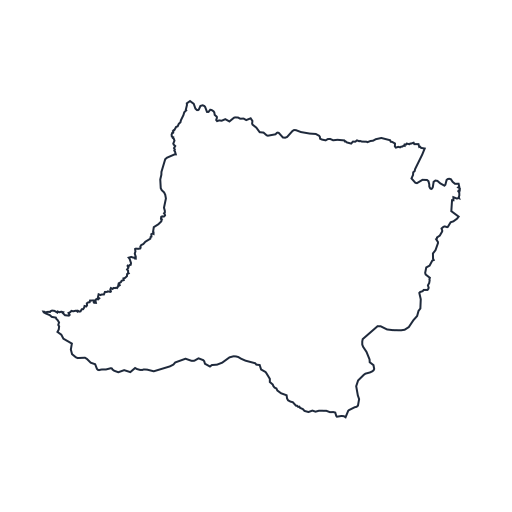 Mae Rim, Chiang Mai, Thailand (Albers equal-area conic projection), rotated 294°
{"feature_id": "78962969B91444782882973", "entity_name": "Mae Rim", "entity_type": "district", "adm_level": 2, "iso_a3": "THA", "parent_name": "Thailand", "parent_adm1": "Chiang Mai", "projection": "albers", "projection_center": [98.889, 18.954], "detail": "fine", "context": "isolated", "style": "outline", "palette": "slate", "viewbox_px": 512, "rotation_deg": 294, "n_neighbors": 0, "source": "geoboundaries", "source_scale": "gbopen_adm2", "svg_char_len": 6129}
<svg xmlns="http://www.w3.org/2000/svg" viewBox="0 0 512 512"><g transform="rotate(294 256 256)"><path d="M247.1,418.7L249.1,421.8L253.2,424.5L261.4,425.9L266.7,427.6L272.0,426.8L274.9,427.5L283.5,424.1L288.7,420.2L289.9,420.6L291.6,422.5L293.2,423.0L294.8,426.5L296.3,426.8L297.3,426.6L299.1,425.0L301.8,425.2L304.5,424.5L305.2,423.9L306.8,423.7L308.1,418.5L309.4,417.4L314.8,416.2L317.8,418.5L323.5,418.9L324.6,420.0L325.6,418.8L330.3,416.6L334.3,417.6L341.8,417.0L342.8,416.5L344.6,413.7L345.4,414.2L346.5,413.8L349.4,415.6L354.1,416.1L355.0,415.8L356.6,414.3L358.9,415.4L359.8,416.4L360.1,418.9L360.6,419.4L366.0,420.1L367.9,422.2L371.9,424.5L374.4,425.1L376.4,416.2L386.7,412.4L387.2,413.7L390.0,412.4L390.2,416.2L391.4,417.5L391.4,418.1L392.3,417.3L394.1,417.1L396.6,415.9L397.5,414.4L398.3,414.5L398.6,415.5L400.7,414.7L400.9,412.8L402.1,413.4L404.4,411.7L402.9,408.4L403.7,405.5L405.4,402.8L405.1,401.0L404.2,399.8L403.0,399.2L398.1,400.0L396.9,399.5L397.3,394.8L398.4,391.2L397.9,389.2L396.0,388.1L390.9,389.5L389.3,389.4L388.5,388.8L388.6,387.7L389.9,386.1L392.0,385.1L394.5,383.1L395.0,381.3L393.3,377.1L388.0,373.4L387.7,371.8L390.1,366.5L393.9,366.5L396.4,365.6L398.1,366.4L400.1,366.0L416.2,366.6L422.8,366.4L421.9,362.9L422.6,361.4L422.0,360.8L424.3,358.9L422.6,355.1L423.6,353.9L421.7,351.9L421.5,351.2L420.5,350.7L420.0,348.0L419.0,347.9L418.4,346.5L417.1,347.0L417.0,346.1L415.5,345.2L414.9,344.1L413.9,343.5L413.6,341.6L411.9,339.7L412.6,338.3L415.3,337.2L415.6,334.1L415.2,332.6L416.3,331.4L414.8,322.5L411.4,317.9L409.0,316.1L407.6,313.8L405.3,311.5L405.4,310.6L403.6,306.2L403.4,304.2L402.8,303.6L402.7,301.2L400.9,300.3L399.9,298.0L397.4,297.2L396.7,292.7L397.2,291.1L396.8,290.6L397.5,289.6L395.3,283.2L393.1,279.4L393.1,276.1L392.0,274.0L390.0,272.6L389.2,269.0L389.2,266.9L390.9,265.8L391.5,264.8L391.8,261.0L389.7,255.3L387.5,246.6L387.2,241.2L386.5,239.5L385.1,238.5L377.4,236.0L375.9,234.5L375.2,232.4L377.7,226.8L377.6,225.7L377.0,225.0L375.1,224.3L370.7,217.9L370.6,216.6L371.8,212.7L370.6,209.0L373.4,204.1L374.6,199.4L375.4,198.6L377.9,197.8L379.6,195.1L376.2,191.8L376.5,188.8L375.0,185.7L375.2,183.3L374.1,180.5L373.3,179.6L368.1,177.0L368.5,172.3L365.6,169.6L364.9,167.2L363.4,165.6L364.1,164.3L366.3,164.1L367.3,163.5L368.1,160.9L370.2,159.5L370.9,158.4L371.3,156.1L371.0,154.7L368.3,154.0L367.7,152.6L371.5,148.9L372.0,147.8L372.0,146.0L370.5,144.2L366.5,144.2L365.7,143.7L365.3,142.7L366.0,140.7L369.7,137.2L370.7,132.7L367.3,130.7L365.9,131.5L361.0,132.4L360.7,133.0L358.1,132.0L355.2,132.4L349.4,132.2L347.4,132.6L345.4,131.7L342.6,131.7L341.4,130.5L337.9,130.2L337.5,129.6L336.4,129.3L335.9,130.0L334.9,130.2L334.4,129.4L332.6,129.5L330.9,130.5L330.8,132.1L330.0,132.1L329.7,133.2L328.2,134.6L325.1,134.7L324.3,135.5L323.6,137.5L321.2,137.2L320.3,138.5L319.0,138.5L318.6,139.4L316.2,141.4L315.6,140.2L309.6,134.7L307.5,133.7L294.4,135.4L291.7,136.5L287.0,137.4L279.2,141.4L277.8,143.1L276.7,146.2L275.0,148.2L271.9,150.3L262.7,152.3L260.1,154.4L258.7,155.0L257.6,154.6L257.0,155.7L256.1,156.4L254.7,155.9L254.0,154.7L254.1,154.2L253.3,153.5L251.7,153.9L251.3,154.9L250.8,154.6L250.3,155.2L249.1,155.4L245.3,153.9L240.8,150.9L236.3,152.1L236.1,152.7L234.5,153.4L234.5,152.4L233.3,151.5L231.2,152.6L230.5,152.0L228.8,152.4L224.0,149.1L221.1,148.2L219.3,146.7L217.6,146.5L216.7,147.2L215.8,147.2L214.6,145.4L213.9,143.3L213.2,142.7L211.1,144.0L208.8,144.3L206.5,146.4L204.7,147.2L204.5,146.5L205.2,146.1L205.2,145.6L204.6,144.7L204.4,142.4L202.7,140.4L202.0,141.7L198.7,144.7L197.0,145.1L196.5,144.4L194.8,143.8L195.1,142.8L194.7,142.7L193.4,144.2L191.2,143.7L190.6,145.1L188.8,145.9L188.4,146.7L187.1,145.6L185.1,146.3L182.6,145.2L181.6,144.0L180.2,145.0L178.7,143.3L177.1,143.2L175.2,141.7L173.2,142.1L173.4,142.7L174.3,142.9L173.9,143.4L172.5,142.5L170.2,142.1L170.2,141.2L169.4,140.4L168.9,138.9L167.6,138.4L167.7,136.5L166.2,136.5L164.5,137.9L164.0,137.6L163.4,135.0L162.6,134.5L161.7,132.6L159.0,132.7L158.0,130.6L157.1,129.9L157.0,127.8L154.0,128.4L153.6,130.0L152.1,129.4L152.0,128.1L151.3,127.5L149.7,127.6L148.1,128.8L147.4,127.2L147.6,126.7L149.6,126.3L147.8,122.5L146.1,122.8L145.3,121.5L143.9,120.7L142.3,121.7L140.9,121.5L140.6,119.7L139.0,120.0L137.1,119.7L136.5,118.5L134.0,118.2L133.4,117.3L133.5,115.6L132.6,115.6L132.9,113.9L131.1,111.4L130.8,109.7L129.2,109.2L127.7,107.9L126.4,109.7L125.4,109.3L124.2,105.6L125.4,102.5L126.2,102.7L125.9,100.7L124.7,99.4L124.6,97.4L123.5,97.5L123.9,94.2L123.2,91.9L121.9,90.7L121.1,90.6L120.4,88.7L118.6,86.2L119.0,85.4L118.7,84.4L118.2,85.0L118.0,87.2L118.1,91.7L117.3,94.2L118.3,98.2L117.4,99.1L116.7,100.9L115.2,103.1L112.6,103.4L111.6,104.8L108.6,105.7L105.9,105.5L104.9,110.2L102.1,113.7L101.1,123.4L95.2,124.9L91.5,127.9L90.2,132.6L90.2,134.5L93.5,141.1L93.2,143.4L91.3,148.4L91.7,153.1L88.2,156.6L87.7,157.8L87.9,159.0L89.4,160.9L91.4,165.2L94.5,169.1L94.6,170.2L93.9,171.1L93.5,173.1L93.8,177.5L98.1,182.0L98.8,188.4L104.5,191.1L104.3,193.2L104.8,196.5L105.6,198.4L106.7,199.6L107.9,202.7L109.1,209.5L120.1,222.2L123.2,224.7L125.9,225.5L133.5,233.4L134.0,239.6L134.6,241.1L135.3,242.3L139.1,245.1L139.2,246.1L139.4,250.2L138.8,251.5L136.8,253.2L136.3,258.9L138.4,260.0L140.9,264.6L144.8,268.5L152.6,273.0L155.2,276.2L156.1,278.5L156.5,280.9L156.1,284.0L156.1,288.9L157.7,298.9L156.9,300.5L157.9,303.7L154.4,306.8L153.9,311.9L153.2,313.1L149.4,318.6L146.5,319.9L145.4,323.6L144.2,324.8L143.3,326.6L143.3,328.5L141.8,330.2L140.8,334.7L141.2,340.6L138.5,342.3L137.2,344.0L137.0,346.7L137.4,349.1L135.5,353.4L135.9,354.4L135.3,355.9L136.0,356.9L135.2,357.9L135.2,361.1L134.2,363.3L134.8,367.4L137.7,370.4L138.0,373.7L140.3,376.5L143.2,383.3L143.4,387.0L144.9,390.2L145.2,392.1L142.6,394.3L142.1,395.3L144.6,399.1L145.4,401.4L145.1,403.4L152.1,403.2L153.0,403.6L158.0,407.7L159.1,409.2L160.8,410.0L167.2,408.4L170.1,405.7L177.8,400.5L183.8,399.9L191.3,402.8L193.0,403.8L196.0,407.5L198.0,409.2L199.4,409.9L200.9,409.9L204.1,407.7L205.2,403.1L207.7,401.8L213.3,396.0L216.6,390.8L218.3,389.1L221.2,387.8L223.5,387.3L241.3,395.6L242.5,398.5L242.2,405.6L243.9,411.1L247.1,418.7Z" fill="none" stroke="#1e293b" stroke-width="2"/></g></svg>